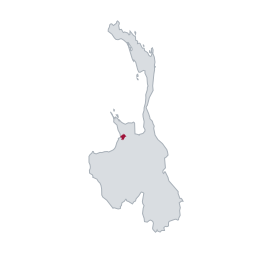 location of Wang Nam Yen, Sa Kaeo, Thailand, rotated 172°
{"feature_id": "78962969B24395616266318", "entity_name": "Wang Nam Yen", "entity_type": "district", "adm_level": 2, "iso_a3": "THA", "parent_name": "Thailand", "parent_adm1": "Sa Kaeo", "projection": "equal_earth", "projection_center": [102.114, 13.545], "detail": "fine", "context": "in_parent", "style": "filled", "palette": "rose", "viewbox_px": 256, "rotation_deg": 172, "n_neighbors": 0, "source": "geoboundaries", "source_scale": "gbopen_adm2", "svg_char_len": 4653}
<svg xmlns="http://www.w3.org/2000/svg" viewBox="0 0 256 256"><g transform="rotate(172 128 128)"><path d="M113.2,22.0L113.4,23.0L114.2,21.7L115.3,21.0L117.4,24.0L117.6,25.3L116.1,30.0L116.3,31.6L117.3,32.9L118.5,33.7L119.7,33.5L122.1,32.1L124.7,33.0L124.6,36.2L125.5,41.2L124.2,46.3L122.9,48.9L123.9,51.1L124.0,53.2L121.4,61.2L121.9,61.8L123.5,62.7L124.2,62.4L126.8,59.3L129.8,56.8L130.7,54.7L132.6,54.0L134.2,52.2L138.0,55.4L139.0,55.7L139.5,56.3L139.7,57.6L140.2,57.8L141.8,56.0L144.4,54.8L145.4,52.0L146.6,51.2L146.5,49.8L146.9,49.3L149.0,49.2L152.3,50.7L153.4,51.0L154.0,50.6L159.1,59.5L162.5,63.0L163.3,65.3L162.6,71.3L162.7,74.7L163.4,77.3L164.8,79.1L165.9,81.7L169.8,84.2L169.4,84.9L169.7,86.5L172.1,88.4L172.3,89.0L172.1,91.5L171.0,93.3L170.7,94.8L170.7,96.7L171.4,99.5L170.6,105.3L169.2,107.0L167.3,108.2L166.3,109.7L165.5,109.4L165.2,107.7L163.1,106.8L159.1,107.7L157.2,107.3L154.5,107.8L151.9,107.6L150.4,106.9L146.1,108.2L144.2,109.4L142.9,111.1L141.0,115.3L139.0,118.0L139.0,119.1L136.6,119.7L136.7,123.4L138.1,127.4L138.5,132.4L141.3,136.0L140.8,138.4L141.1,140.9L143.2,146.5L141.7,143.8L141.4,142.0L139.6,139.2L139.0,140.6L136.8,138.5L135.9,136.4L135.6,137.3L133.5,134.4L131.3,132.8L130.1,132.1L127.1,133.1L123.3,132.4L121.8,133.1L121.2,132.6L120.8,131.8L121.9,121.3L118.6,120.0L118.0,119.3L117.3,120.1L114.0,120.5L111.7,122.5L111.4,124.1L112.4,126.9L111.1,132.1L111.5,137.0L111.3,139.7L109.7,143.1L109.2,145.8L107.4,150.0L106.1,155.3L105.8,158.4L103.6,163.1L103.1,165.7L102.3,166.7L102.6,168.9L102.2,175.3L103.6,180.0L103.2,182.2L104.7,182.9L108.3,181.5L109.5,181.8L110.3,184.4L111.2,192.1L112.7,194.5L113.1,193.3L113.8,194.5L114.3,196.8L116.2,209.0L117.2,212.1L116.1,211.3L115.4,207.5L114.4,207.3L114.7,204.9L114.1,204.1L113.0,204.8L113.0,206.6L115.9,212.7L117.7,212.9L119.9,215.5L122.4,217.5L125.5,216.8L127.6,217.4L128.9,219.1L130.9,223.2L134.2,226.6L133.7,228.7L132.4,230.5L131.7,232.7L130.8,233.4L129.6,233.4L128.2,231.5L125.0,233.3L124.2,235.0L123.4,235.5L122.0,233.5L122.1,232.4L123.0,230.8L122.8,226.6L120.8,226.6L119.5,223.4L119.1,223.1L118.1,223.6L115.0,222.1L114.1,220.1L113.2,220.3L112.5,223.7L109.8,219.1L107.9,217.3L108.2,213.9L106.9,213.2L106.4,212.2L106.9,210.2L105.1,210.5L104.3,210.0L103.2,206.4L102.4,204.9L101.2,204.9L100.8,204.2L100.9,202.4L98.1,199.9L97.2,197.0L95.8,195.7L94.9,196.1L94.1,198.1L93.4,198.0L92.8,197.4L92.1,194.5L92.1,189.5L93.1,186.5L93.6,181.8L94.9,177.8L97.7,166.3L97.9,161.7L102.6,155.2L105.7,147.8L106.8,146.7L107.2,145.4L105.6,139.4L104.9,135.3L105.0,134.2L103.0,131.4L102.5,128.2L102.0,127.1L101.8,126.1L102.6,124.2L102.2,117.2L100.0,112.3L96.1,107.8L92.6,101.2L92.2,98.9L92.1,95.6L94.9,93.4L96.0,93.2L96.5,83.3L98.9,81.4L99.4,80.6L99.7,79.0L99.1,78.0L97.5,79.6L97.2,79.3L95.3,73.5L94.9,70.0L87.2,58.1L87.5,56.1L86.4,51.0L85.3,51.0L84.5,50.0L83.7,47.8L85.2,48.1L87.7,46.8L87.3,41.8L88.4,39.0L88.5,34.3L90.4,31.5L90.7,30.1L91.7,29.9L93.1,31.0L94.5,31.0L100.3,29.8L101.1,28.5L101.4,25.9L102.0,25.1L103.3,24.9L104.8,25.4L106.4,24.4L106.1,21.4L108.9,21.9L110.7,20.5L113.2,22.0ZM94.2,199.5L93.8,203.3L92.7,204.0L92.3,201.8L93.0,198.3L93.3,199.1L94.2,199.5ZM112.1,177.5L111.9,179.3L110.9,179.9L110.7,177.9L112.1,177.5ZM136.6,140.1L137.8,142.7L136.4,142.5L136.1,140.0L136.6,140.1ZM107.6,222.5L107.0,221.4L107.5,219.7L108.0,221.8L107.6,222.5ZM96.1,199.9L95.8,202.0L95.2,199.2L96.1,199.9ZM112.1,175.9L111.6,175.6L111.2,174.4L111.8,174.5L112.1,175.9ZM100.9,206.1L101.5,208.5L100.8,207.4L100.9,206.1ZM139.7,146.9L139.5,148.4L138.9,147.8L139.3,146.7L139.7,146.9ZM92.9,184.9L92.3,185.5L92.8,184.0L92.9,184.9Z" fill="#d9dde1" stroke="#a8b0b8" stroke-width="1"/><path d="M132.4,120.6L132.5,120.8L132.5,121.0L132.4,121.0L132.5,121.2L132.6,121.3L132.6,121.2L132.7,121.3L132.8,121.3L133.0,121.4L133.2,121.2L133.3,121.2L133.3,121.3L133.3,121.2L133.5,121.2L133.7,121.3L133.7,121.2L133.8,121.2L133.8,121.3L133.8,121.2L134.0,121.0L133.9,121.1L134.0,121.1L134.3,121.1L134.5,121.0L134.9,120.7L134.9,120.8L135.0,120.8L135.3,120.8L135.4,120.7L135.5,120.6L135.4,120.6L135.3,120.4L135.3,120.2L135.3,120.3L135.3,120.2L135.2,120.1L135.2,119.9L135.1,119.7L135.2,119.4L135.1,119.2L135.0,118.9L134.9,119.0L134.9,118.9L134.9,119.0L134.9,118.9L134.8,118.7L134.7,118.7L134.6,118.4L134.7,118.2L134.8,118.1L134.7,118.1L134.4,118.0L134.2,118.1L134.1,118.3L134.1,118.2L134.1,118.3L134.1,118.2L134.0,118.3L134.1,118.5L134.0,118.8L134.1,119.0L133.9,119.3L133.7,119.3L133.6,119.2L133.5,119.3L133.5,119.5L133.5,119.4L133.4,119.4L133.4,119.5L133.2,119.5L133.0,119.8L132.9,119.9L132.9,120.0L132.7,120.1L132.6,120.3L132.5,120.5L132.4,120.5L132.5,120.6L132.4,120.6L132.4,120.6Z" fill="#f43f5e" stroke="#9f1239" stroke-width="1.5"/></g></svg>